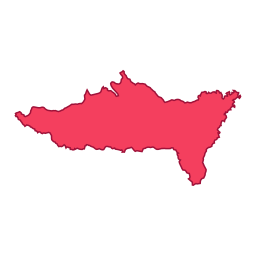 outline of Antônio João, Mato Grosso do Sul, Brazil
{"feature_id": "56859067B56102321418864", "entity_name": "Antônio João", "entity_type": "district", "adm_level": 2, "iso_a3": "BRA", "parent_name": "Brazil", "parent_adm1": "Mato Grosso do Sul", "projection": "albers", "projection_center": [-55.96, -22.223], "detail": "fine", "context": "isolated", "style": "filled", "palette": "rose", "viewbox_px": 256, "rotation_deg": 0, "n_neighbors": 0, "source": "geoboundaries", "source_scale": "gbopen_adm2", "svg_char_len": 5812}
<svg xmlns="http://www.w3.org/2000/svg" viewBox="0 0 256 256"><path d="M238.7,97.5L238.2,96.2L237.6,94.9L238.5,93.8L238.6,92.6L237.4,92.6L236.2,92.0L235.6,91.3L234.8,90.6L233.4,90.5L234.3,91.7L233.4,92.8L232.0,92.5L231.8,94.0L230.2,94.9L229.2,94.3L229.8,92.8L229.2,91.7L228.4,92.3L227.2,92.6L226.2,93.5L227.2,94.4L227.4,96.1L225.9,95.9L224.5,96.3L224.2,98.0L223.3,99.0L222.4,98.5L222.0,97.4L222.2,96.1L222.1,94.9L221.3,93.6L220.8,92.5L219.7,92.9L219.0,91.5L218.1,90.7L216.8,90.5L216.1,91.3L216.2,93.0L215.0,92.5L214.2,91.8L212.4,92.2L211.3,93.1L210.3,93.2L209.3,93.0L208.7,92.3L208.1,93.1L207.2,93.6L206.3,93.4L206.2,92.0L205.0,91.5L203.3,92.2L201.7,92.4L201.3,93.4L200.6,94.5L200.4,95.9L199.3,95.4L198.3,96.0L198.0,97.2L198.7,98.4L198.3,99.9L197.1,100.1L195.9,100.7L194.7,101.4L193.2,101.8L191.2,102.7L189.5,102.7L187.3,102.1L186.0,102.7L184.8,102.9L183.4,101.6L181.9,101.0L181.0,100.8L180.2,100.1L179.1,99.6L177.8,99.4L176.1,99.6L174.7,100.3L173.7,100.4L172.8,100.0L171.5,99.9L170.3,100.6L167.8,101.6L166.0,102.1L164.9,102.4L164.1,101.6L163.2,99.9L161.2,97.7L159.0,96.9L158.2,96.5L155.3,92.9L154.8,91.8L153.7,91.2L152.7,90.4L152.0,89.6L151.0,88.8L150.3,87.8L149.4,87.3L147.8,86.6L146.9,86.1L146.2,85.4L145.2,84.2L142.5,83.6L140.9,83.7L139.4,83.6L138.1,83.0L136.4,83.9L135.3,84.9L134.5,83.9L133.2,83.3L132.3,82.6L131.5,82.1L130.7,81.5L130.4,80.4L129.8,79.2L127.9,78.8L126.7,77.3L126.2,75.8L125.3,74.9L124.2,73.5L124.1,71.6L123.1,70.8L122.3,71.7L121.2,72.2L120.0,73.0L121.0,74.6L122.0,75.6L122.6,76.9L122.5,78.3L121.4,79.3L121.0,81.9L120.1,83.4L119.0,84.0L118.1,84.0L116.2,83.7L115.3,83.3L113.9,82.2L112.1,81.9L110.7,83.3L110.9,84.8L111.3,85.9L112.7,88.2L116.6,92.5L118.0,94.2L118.4,95.7L116.5,96.3L115.7,95.6L115.4,94.4L114.3,93.5L113.6,92.7L112.4,92.1L111.5,91.1L110.6,90.7L109.7,90.8L108.4,90.8L107.4,90.0L107.5,89.0L106.6,88.2L105.4,87.7L103.9,88.5L103.3,86.8L102.3,87.8L101.8,89.0L100.9,91.7L99.7,92.9L98.0,93.5L90.9,95.2L89.5,94.1L87.1,89.9L86.5,91.2L86.0,92.7L85.3,94.4L84.5,95.2L84.6,96.8L84.9,98.8L84.6,99.8L83.3,102.0L81.6,103.6L80.1,103.5L78.6,103.8L77.2,104.3L76.0,104.0L74.8,104.1L73.6,104.3L71.7,104.3L69.6,105.8L67.6,106.9L66.1,107.8L64.6,108.3L63.7,109.3L62.6,110.1L61.6,110.2L60.7,110.8L59.6,111.2L58.5,111.5L57.1,111.2L55.5,110.6L54.5,110.7L53.1,110.6L52.0,110.9L50.9,110.8L47.6,110.3L46.1,109.5L45.1,108.8L44.1,107.7L43.2,107.3L42.1,107.2L39.9,107.8L38.0,107.7L34.4,107.0L33.1,106.9L32.0,107.7L31.4,109.5L30.8,110.6L30.4,112.8L29.7,113.8L28.6,115.1L27.5,115.7L25.2,116.6L24.3,116.2L24.0,115.0L22.6,114.4L21.4,114.0L21.1,112.8L19.7,111.7L17.6,112.6L16.4,112.9L15.5,113.5L16.1,114.5L15.4,115.7L16.1,116.6L17.2,116.5L17.9,117.7L18.4,119.4L19.6,119.9L20.4,120.3L21.0,121.5L21.9,122.5L22.5,123.7L23.2,124.5L24.4,125.4L24.9,126.3L25.8,125.7L26.6,125.0L28.4,125.4L29.8,126.0L30.5,127.0L31.5,127.2L32.4,128.0L33.4,128.7L34.7,129.0L35.1,130.7L36.4,131.0L37.2,131.6L37.7,132.7L38.5,132.0L39.7,131.9L40.6,132.4L41.3,133.2L42.4,133.6L43.3,133.0L44.3,133.0L45.3,133.3L46.3,133.0L47.5,132.7L48.6,132.4L50.0,132.9L51.5,135.6L51.6,138.7L51.8,139.8L52.5,140.5L53.3,141.4L54.2,141.9L55.1,142.1L55.7,143.2L57.1,143.9L57.7,145.2L58.8,146.6L60.0,146.3L61.6,146.6L62.6,146.1L63.4,145.5L64.1,144.8L65.2,145.6L65.6,147.1L66.0,148.0L66.7,147.0L67.9,147.2L68.9,147.6L70.1,147.7L70.3,149.4L71.6,149.4L72.9,149.9L74.2,149.7L74.7,148.6L75.5,149.2L76.5,148.5L77.6,148.3L78.6,148.8L79.7,149.2L81.2,149.4L82.4,149.4L83.2,148.8L84.3,148.9L84.7,147.6L85.0,146.0L86.1,145.6L86.4,144.7L87.7,144.8L88.7,145.4L89.8,145.5L90.7,146.2L92.0,146.7L93.4,147.2L94.7,148.2L95.5,148.9L96.4,149.3L97.9,149.2L99.2,148.6L100.5,149.3L102.2,149.8L103.6,149.6L104.3,148.8L104.8,147.7L105.6,146.7L106.6,146.4L107.9,146.5L109.2,146.9L110.7,147.0L111.8,148.3L112.6,148.7L113.8,148.3L114.7,148.1L115.3,149.1L117.8,149.5L119.5,149.9L120.6,150.3L121.8,150.0L122.5,151.1L122.2,152.1L123.4,152.0L124.4,152.1L125.3,149.8L126.0,149.1L127.3,148.4L128.7,148.1L130.0,147.9L131.2,147.3L132.2,147.9L134.1,150.3L135.2,151.3L136.9,150.7L139.1,151.1L140.8,151.4L142.0,151.6L142.7,150.1L143.0,149.1L144.0,148.5L145.3,148.3L146.1,147.7L147.0,147.4L147.9,147.2L149.0,147.2L150.5,147.5L151.9,147.2L152.9,147.0L153.9,147.4L155.7,148.8L156.8,149.3L158.3,149.3L160.1,148.9L161.7,148.5L163.0,148.5L164.2,148.4L165.9,148.6L169.0,148.6L170.4,148.5L171.5,147.8L173.0,147.9L173.8,149.6L175.8,150.0L177.1,152.4L178.3,153.1L177.2,153.6L177.3,154.8L178.1,156.1L178.1,157.4L178.4,158.7L179.2,159.5L180.4,160.0L179.2,161.7L179.5,163.0L180.5,165.3L181.3,166.9L181.8,168.2L182.9,170.0L184.9,170.2L186.4,171.6L186.6,172.6L188.2,173.3L189.3,173.5L190.0,176.8L189.7,178.1L188.5,178.9L192.3,182.2L192.4,185.0L193.3,185.2L194.6,184.3L196.0,183.5L197.0,183.9L200.2,183.4L200.4,181.1L200.9,179.7L202.1,178.5L203.7,178.0L204.5,176.3L205.1,174.9L205.1,173.7L206.0,171.1L206.1,169.6L204.1,165.8L203.2,163.6L202.6,162.6L203.0,161.2L203.4,159.5L203.2,158.5L203.6,157.1L204.3,155.9L204.7,154.8L204.8,153.7L205.5,152.3L206.4,151.0L206.2,149.6L207.1,148.5L208.6,147.4L209.8,147.3L211.8,146.3L212.0,144.8L213.1,143.4L214.4,143.0L214.2,141.7L214.7,140.2L216.3,139.6L217.1,138.8L217.3,137.8L218.2,137.6L219.3,137.2L218.9,136.2L218.6,134.6L218.1,133.0L219.5,133.2L219.9,132.3L219.0,131.6L218.2,130.7L217.4,129.8L218.1,128.1L219.3,127.3L220.1,125.7L221.1,125.5L220.9,124.5L221.2,122.4L221.9,121.0L223.1,120.6L224.5,121.5L224.9,119.6L225.7,118.6L226.5,117.5L226.2,116.0L225.4,114.8L224.3,114.6L224.5,113.5L225.7,113.2L225.7,112.1L227.4,112.3L227.9,111.1L228.4,110.1L230.8,109.7L230.2,108.8L231.4,107.1L232.3,106.5L233.4,106.5L234.6,107.2L234.8,106.1L234.2,105.1L232.5,104.9L232.7,103.8L234.4,102.1L233.9,100.9L232.8,100.3L233.6,99.5L235.1,99.2L237.2,97.2L238.7,97.5ZM238.7,97.5L239.4,98.3L240.2,97.4L240.6,96.4L240.1,95.4L239.3,96.1L238.7,97.5Z" fill="#f43f5e" stroke="#9f1239" stroke-width="1.5"/></svg>